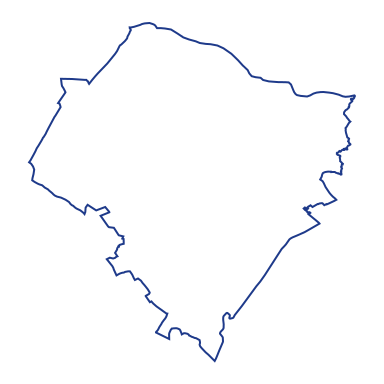 the district of Scheia, Suceava, Romania
{"feature_id": "2599482B75590370819130", "entity_name": "Scheia", "entity_type": "district", "adm_level": 2, "iso_a3": "ROU", "parent_name": "Romania", "parent_adm1": "Suceava", "projection": "robinson", "projection_center": [26.193, 47.643], "detail": "fine", "context": "isolated", "style": "outline", "palette": "blue", "viewbox_px": 384, "rotation_deg": 0, "n_neighbors": 0, "source": "geoboundaries", "source_scale": "gbopen_adm2", "svg_char_len": 5916}
<svg xmlns="http://www.w3.org/2000/svg" viewBox="0 0 384 384"><path d="M289.4,239.4L290.7,238.4L292.5,237.4L297.3,235.4L304.7,232.1L309.1,229.6L319.5,223.6L319.2,223.2L318.4,222.4L308.6,214.3L310.3,212.9L309.7,212.3L309.4,212.5L309.1,212.4L308.1,213.0L308.0,212.9L307.6,212.5L308.0,212.2L307.8,212.0L306.4,210.5L306.1,210.7L305.1,209.7L304.9,209.8L303.7,208.5L304.9,207.5L305.7,208.2L305.5,208.4L306.3,209.3L306.7,209.2L307.0,209.1L306.9,209.0L307.8,208.4L307.0,207.8L308.2,206.7L308.3,206.8L310.5,205.3L312.5,207.0L317.7,204.0L318.3,204.1L319.4,203.5L321.4,203.2L322.2,203.2L322.5,203.3L324.3,205.2L326.4,204.1L326.7,204.4L329.0,203.4L334.3,200.9L336.3,199.8L335.1,198.5L332.8,196.6L330.8,194.5L329.4,192.8L325.6,187.1L323.8,183.2L322.7,181.3L321.7,180.5L320.2,179.5L321.7,176.7L322.0,175.2L322.4,174.1L322.8,173.2L324.0,172.5L325.4,172.0L328.1,171.6L329.8,171.7L331.0,171.7L331.1,172.1L332.7,172.0L334.8,172.0L335.8,172.7L336.9,173.0L337.6,173.4L338.5,173.3L339.0,173.8L339.8,173.7L340.4,174.4L340.7,174.6L341.4,174.5L341.5,174.2L341.3,173.0L341.2,172.3L341.0,172.0L340.9,171.6L341.4,171.1L341.4,170.9L341.1,170.6L341.2,170.1L342.0,168.6L341.4,167.8L341.2,167.1L341.7,167.0L341.7,166.2L341.6,165.6L341.9,164.2L342.2,164.0L342.5,163.9L342.8,164.1L342.9,163.8L342.3,163.4L341.6,162.5L340.8,161.8L340.1,161.1L340.2,160.3L340.0,158.7L339.7,157.7L339.9,157.1L340.3,156.7L340.3,155.9L340.1,155.7L337.5,154.8L336.8,153.9L336.9,153.7L337.2,153.2L337.0,152.8L337.1,152.7L337.7,152.8L338.4,152.3L339.4,151.0L339.7,151.1L339.7,151.5L340.4,151.7L340.7,151.5L340.6,151.1L341.0,151.0L342.2,149.9L342.9,149.7L343.2,149.8L343.5,150.0L344.2,150.0L344.7,149.7L344.8,149.4L344.3,149.0L344.2,148.8L344.7,148.7L345.3,148.8L346.7,149.5L347.1,149.5L347.3,149.4L347.2,148.7L346.4,148.0L346.4,147.8L347.2,147.2L347.7,146.2L348.2,145.6L349.3,145.3L350.4,144.5L350.4,144.2L349.9,143.6L349.0,143.0L348.8,141.9L348.1,141.4L348.2,141.0L348.5,140.8L348.7,140.5L348.6,139.5L348.9,139.3L349.1,138.9L349.1,138.7L348.3,138.0L347.3,137.4L347.0,136.2L346.0,132.8L345.6,130.3L345.8,129.0L345.5,128.1L346.7,126.7L348.8,123.1L350.3,121.6L349.7,121.2L348.4,119.4L346.8,117.5L346.3,116.5L344.0,114.1L344.1,112.4L344.4,111.8L345.6,110.2L347.2,109.3L348.2,108.2L348.9,107.6L349.0,107.4L348.7,107.0L348.7,106.8L349.4,106.0L349.2,104.8L349.4,104.1L349.9,103.4L352.2,101.3L352.4,100.9L352.3,100.7L352.1,100.3L351.1,99.9L350.9,99.5L351.0,98.9L352.1,98.5L353.1,99.0L353.4,98.9L354.2,97.9L354.3,97.5L354.1,97.3L354.1,96.8L354.8,96.4L354.9,96.0L354.7,95.6L354.4,95.4L349.2,96.5L345.5,96.8L342.7,96.3L338.8,94.7L333.1,93.2L329.1,92.6L323.4,92.0L320.5,92.1L316.6,92.6L313.4,93.6L310.2,95.4L307.1,96.5L300.7,95.9L297.0,95.1L295.6,94.1L294.2,92.2L293.4,90.4L291.0,84.5L288.7,82.4L285.2,82.2L278.1,82.1L268.9,81.4L263.1,80.0L260.6,77.8L255.6,77.2L251.7,76.2L249.3,73.4L247.7,70.1L242.7,65.4L238.0,60.2L231.4,53.8L223.5,48.3L217.4,45.5L210.5,44.2L205.8,43.9L199.8,43.0L195.7,41.3L189.1,39.5L183.3,37.4L177.6,33.6L171.0,29.5L165.0,28.5L160.5,28.1L157.0,28.1L155.3,25.6L154.4,24.8L152.9,24.1L149.5,23.0L144.7,23.4L142.1,24.0L140.2,24.9L134.1,26.8L130.7,27.5L129.7,27.4L129.8,28.4L130.5,29.2L130.8,30.0L130.7,30.5L130.0,31.4L129.3,33.4L127.5,36.6L127.1,38.4L124.9,41.1L121.1,44.7L120.3,45.1L119.8,45.6L119.3,46.5L117.1,51.0L115.1,53.9L107.3,63.5L97.8,73.4L95.3,76.2L92.2,79.9L89.1,83.9L88.6,83.1L87.9,81.3L87.1,80.8L86.4,79.9L85.2,79.9L72.0,79.0L61.0,78.8L61.7,84.6L62.1,86.2L62.4,86.6L63.5,88.3L65.3,91.8L65.2,92.2L65.4,92.5L58.1,103.1L59.5,103.6L60.2,105.5L60.6,107.1L55.4,115.7L54.5,116.9L48.6,127.9L46.6,131.8L45.7,133.8L43.7,137.0L43.0,137.7L42.4,139.0L41.4,140.8L38.4,145.8L36.8,148.2L36.1,149.7L35.4,151.3L33.6,154.7L30.4,160.5L29.1,162.3L31.2,163.8L33.1,166.6L34.2,169.6L33.5,174.2L32.5,178.1L32.2,180.3L34.7,182.0L37.6,183.6L39.4,184.4L42.2,185.3L44.8,187.6L48.0,189.4L48.8,190.3L52.4,193.3L53.4,194.4L54.9,195.6L57.0,196.6L61.0,197.6L65.5,199.7L67.8,201.2L69.1,202.1L70.5,204.0L71.3,204.7L71.9,205.2L73.2,205.8L74.9,207.4L76.4,208.5L80.4,210.4L83.4,212.8L84.5,214.1L85.3,212.0L85.6,207.8L85.7,207.5L87.6,204.8L96.2,210.4L105.2,207.0L109.2,211.8L109.3,212.3L100.6,215.8L108.0,226.3L108.7,227.0L109.1,227.2L113.9,227.8L118.6,235.1L118.8,235.3L123.3,236.4L122.3,238.6L123.6,239.0L123.7,241.9L123.7,243.8L121.9,244.2L119.6,244.9L118.9,246.6L118.4,246.2L117.8,247.4L117.2,248.3L117.1,249.5L115.1,252.9L117.4,256.3L116.7,256.5L115.0,257.9L113.1,258.5L109.8,257.7L106.8,259.2L112.4,266.2L113.3,267.9L113.8,269.5L116.5,275.4L119.5,273.7L121.4,273.0L122.6,272.7L123.8,272.6L125.1,271.9L126.2,271.7L128.3,271.3L129.9,271.3L131.4,273.4L132.3,274.8L133.9,278.3L134.9,280.0L138.0,278.5L141.0,280.7L142.5,282.9L144.7,285.4L147.7,289.2L149.7,292.5L149.7,292.8L149.0,294.0L145.7,295.9L145.7,296.1L149.9,302.2L151.4,301.4L153.2,303.5L156.5,306.4L166.4,313.5L167.3,313.6L166.4,316.4L165.8,317.5L165.2,318.5L163.8,320.2L162.0,322.7L161.3,324.1L159.4,327.0L158.0,329.8L156.9,331.2L156.3,331.7L156.0,332.2L156.0,332.5L169.2,339.0L169.1,334.0L169.4,332.8L170.8,329.8L171.8,328.6L172.1,328.7L172.9,328.4L176.2,328.2L177.6,328.5L179.6,329.4L180.2,330.2L181.5,333.4L181.8,334.4L184.0,333.2L185.4,333.3L187.5,333.8L188.7,334.6L189.1,335.5L190.4,336.0L191.5,336.7L193.3,337.3L194.5,337.9L196.1,338.2L199.6,340.1L200.0,342.2L200.0,343.1L199.6,344.7L200.0,345.9L200.3,346.5L201.9,348.4L205.6,352.3L208.4,354.7L214.7,361.0L216.0,358.5L216.8,356.6L219.3,350.4L222.8,342.2L223.0,341.4L222.8,337.6L222.5,336.9L221.9,336.1L220.0,333.7L220.0,333.2L220.4,332.2L220.9,331.5L222.8,329.5L223.4,328.6L223.6,327.8L223.7,324.2L223.2,319.9L223.2,317.9L223.4,316.6L223.8,315.9L226.3,313.2L227.0,312.9L227.5,313.0L229.6,314.8L229.8,315.3L229.8,316.0L229.3,317.9L229.5,318.4L229.8,318.6L230.4,318.6L232.5,318.1L233.0,317.9L233.4,317.6L234.8,315.0L241.8,306.1L256.3,286.3L260.2,281.6L264.8,275.1L281.3,249.5L281.9,248.7L284.3,246.2L285.9,244.4L289.4,239.4Z" fill="none" stroke="#1e3a8a" stroke-width="2"/></svg>